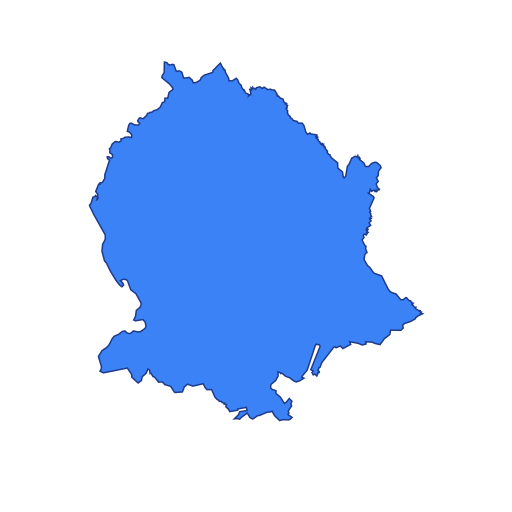 outline of Maria La Baja, Bolívar, Colombia, rotated 292°
{"feature_id": "7082276B12407148553897", "entity_name": "Maria La Baja", "entity_type": "district", "adm_level": 2, "iso_a3": "COL", "parent_name": "Colombia", "parent_adm1": "Bolívar", "projection": "robinson", "projection_center": [-75.303, 9.961], "detail": "fine", "context": "isolated", "style": "filled", "palette": "blue", "viewbox_px": 512, "rotation_deg": 292, "n_neighbors": 0, "source": "geoboundaries", "source_scale": "gbopen_adm2", "svg_char_len": 6100}
<svg xmlns="http://www.w3.org/2000/svg" viewBox="0 0 512 512"><g transform="rotate(292 256 256)"><path d="M90.8,154.5L90.5,158.3L103.9,178.7L99.2,185.6L97.4,186.0L96.9,186.7L94.1,194.3L97.6,196.4L101.3,195.7L106.3,198.1L110.8,198.1L110.3,200.2L107.3,201.8L107.9,202.7L105.6,205.7L105.7,207.3L102.5,213.1L104.1,215.9L103.3,218.8L102.6,219.2L103.2,225.7L99.2,231.3L99.2,232.2L102.4,238.7L107.7,238.6L111.5,240.5L111.7,246.2L117.8,254.9L114.5,258.7L113.7,260.7L115.5,264.9L109.7,270.9L108.4,273.7L108.3,275.3L107.5,276.4L108.1,278.4L107.4,279.6L107.8,281.9L106.9,281.8L107.2,284.3L104.9,284.5L103.7,287.7L101.9,290.0L105.8,296.1L106.5,296.9L107.4,296.4L112.0,303.8L109.4,305.7L105.6,299.3L102.2,299.2L96.9,296.9L98.3,299.7L98.6,302.0L101.4,303.1L107.1,306.8L103.9,311.0L103.6,314.0L108.6,317.4L109.4,318.9L115.4,324.9L117.0,328.1L118.2,328.9L114.8,333.2L112.3,339.5L114.5,342.6L116.3,347.7L117.6,348.9L119.9,349.9L121.0,345.1L122.9,345.3L123.8,344.2L125.4,344.1L130.4,345.2L132.0,343.7L134.8,343.7L136.3,340.2L131.9,338.9L130.0,337.5L134.3,331.4L136.0,326.0L138.6,325.0L138.4,321.2L139.0,319.1L142.3,317.9L148.1,320.9L152.8,321.5L156.9,319.8L157.0,322.1L156.2,322.8L157.0,324.1L155.6,328.4L155.7,333.0L154.3,337.8L154.3,340.5L156.8,343.4L160.7,346.2L160.7,344.0L162.2,343.9L169.5,346.2L195.2,344.5L196.9,344.9L196.8,346.2L197.6,348.0L196.2,349.3L171.1,349.4L170.9,352.0L168.8,351.6L167.2,353.6L168.6,354.7L167.5,357.4L171.2,357.3L171.4,358.1L172.5,358.1L173.0,356.5L174.3,356.3L176.1,356.3L176.7,357.0L182.1,357.0L200.6,362.3L201.3,363.2L200.9,364.6L204.2,367.9L202.7,371.2L209.5,376.9L211.6,374.9L213.3,383.4L213.3,387.9L215.7,391.0L217.6,389.9L219.6,395.9L219.5,399.0L220.3,404.2L227.2,405.9L233.4,409.5L237.7,408.5L241.3,418.1L244.3,419.5L246.7,417.9L248.9,418.8L253.2,423.9L257.4,427.2L258.6,427.2L261.0,428.6L264.9,432.1L264.8,429.9L266.0,430.2L265.9,428.5L266.8,428.6L266.4,427.0L266.8,423.9L268.4,423.4L267.6,422.5L269.2,420.0L269.3,418.8L271.0,419.4L270.7,418.2L271.5,417.8L271.7,416.1L272.3,416.1L272.2,414.0L273.7,411.3L273.5,410.4L270.6,408.9L269.7,406.6L273.3,399.9L272.9,395.5L273.4,393.4L274.7,391.1L284.6,379.9L284.3,371.6L288.1,365.7L288.9,363.0L293.1,357.6L297.8,356.4L299.6,356.7L300.8,357.6L304.1,354.7L306.2,354.4L306.6,352.8L310.6,348.3L313.7,349.2L314.9,347.9L316.5,347.9L317.1,348.7L316.7,350.3L318.6,350.7L319.3,349.9L319.9,351.0L321.4,348.6L321.9,349.8L322.8,349.9L322.6,348.4L323.3,348.1L327.4,350.8L329.1,348.4L331.6,349.5L332.8,347.7L333.3,348.2L333.6,347.6L334.0,348.3L334.2,347.7L335.5,347.9L335.8,348.4L337.0,346.9L338.3,346.5L339.3,344.9L340.5,345.6L342.6,343.3L354.1,343.7L355.2,342.5L356.4,336.5L357.3,337.4L360.6,337.0L359.2,338.8L361.2,340.7L361.2,341.6L360.4,342.1L360.7,343.6L361.4,343.9L362.0,342.8L363.6,345.5L364.2,345.4L364.8,343.2L367.3,340.8L368.4,340.5L370.9,341.4L373.7,338.3L376.2,339.2L380.7,337.8L384.7,338.9L386.4,337.1L387.9,333.2L387.6,331.3L385.3,328.6L381.2,327.0L380.0,323.9L382.6,321.2L384.3,315.7L385.1,315.9L385.2,315.0L385.5,315.7L386.3,314.7L386.0,313.6L387.0,312.9L386.1,312.9L385.6,310.6L382.5,308.1L375.7,307.9L373.6,307.1L363.6,309.3L361.4,308.4L362.1,307.2L366.3,304.7L368.2,298.9L373.0,296.7L375.2,289.5L376.8,287.0L377.6,286.6L377.5,285.0L379.0,282.9L380.0,283.0L381.8,279.6L382.7,279.4L382.6,278.5L383.5,278.4L383.5,276.9L384.6,276.8L383.8,276.0L384.1,275.2L384.7,275.3L384.4,276.1L385.2,275.6L384.9,274.5L384.0,274.2L384.2,273.6L385.7,272.5L386.2,270.4L387.4,270.0L387.8,268.0L389.1,268.6L388.7,267.1L389.1,266.6L390.2,267.6L391.1,267.0L389.7,261.3L390.3,259.9L388.1,258.2L389.8,255.6L395.0,251.5L396.5,249.0L395.0,245.5L396.2,243.7L395.6,239.8L396.9,237.7L397.0,236.3L398.3,235.3L398.8,233.2L401.2,231.1L402.3,231.1L403.9,228.7L405.0,229.4L405.6,228.8L407.4,228.9L407.6,227.7L408.6,227.4L408.2,226.5L408.9,226.6L409.0,224.4L411.6,222.2L411.6,219.1L412.6,217.3L412.4,216.2L413.0,216.0L412.6,215.3L414.2,214.7L416.8,211.0L415.8,208.1L416.2,207.1L414.7,204.6L415.6,200.2L413.7,199.0L414.3,196.2L412.2,193.3L410.4,193.3L410.8,191.6L410.1,190.8L411.2,189.7L409.7,189.5L410.0,188.5L408.1,189.6L408.3,187.1L407.8,188.3L403.9,190.8L403.4,190.7L403.0,189.6L401.6,189.1L403.1,188.7L403.4,185.1L405.4,183.0L405.0,182.7L407.1,179.4L408.7,178.4L409.7,175.7L412.4,173.1L413.4,171.1L409.6,168.4L408.3,165.4L410.5,164.1L415.0,158.7L416.9,157.6L416.7,156.1L417.8,155.8L418.1,154.6L421.5,150.7L411.8,146.6L410.6,147.2L409.6,146.6L404.2,140.2L400.9,138.4L398.1,138.3L394.9,135.9L393.0,133.1L395.2,131.0L396.6,127.1L394.6,124.0L394.1,122.0L398.5,118.5L398.8,117.5L398.9,115.6L397.4,112.9L402.6,108.2L402.4,106.6L401.2,105.6L400.9,104.0L400.8,102.8L401.9,100.9L401.5,98.4L391.8,102.1L387.9,101.5L386.1,101.9L382.8,112.1L380.4,116.1L379.2,116.5L375.2,114.1L369.2,115.0L368.3,112.5L364.8,113.5L363.1,111.7L358.1,111.5L354.3,109.3L352.6,106.9L350.1,105.4L349.5,103.9L348.3,103.2L347.6,102.0L345.6,102.0L341.4,100.1L340.8,99.5L340.7,96.7L340.0,96.1L337.2,95.6L336.3,96.2L335.5,98.5L333.3,98.0L332.1,94.1L332.5,90.7L331.7,89.4L329.6,89.0L323.3,90.0L323.5,92.3L321.8,95.4L319.2,96.2L318.7,93.4L316.9,89.9L315.3,88.9L313.9,86.9L312.3,87.8L310.1,86.1L309.5,82.6L305.8,80.7L302.1,80.8L300.4,79.9L299.1,81.1L297.0,81.7L296.3,84.9L293.8,86.0L292.2,84.8L292.9,82.2L292.2,80.9L290.7,81.8L289.9,84.3L274.6,85.4L271.5,86.7L267.0,86.1L265.9,85.2L265.5,84.0L264.6,83.7L264.0,84.3L263.5,83.2L255.8,83.2L253.8,86.2L250.3,87.8L249.2,87.7L248.6,87.3L251.1,87.1L252.0,84.6L250.8,84.3L249.4,82.8L242.8,83.3L241.1,82.6L240.3,82.8L233.8,90.0L219.1,108.3L215.0,110.0L209.4,109.4L202.7,111.4L194.6,117.5L193.6,119.8L187.3,126.8L180.9,135.4L178.0,140.4L177.2,143.2L179.5,144.1L180.8,143.0L182.5,139.5L184.9,141.9L185.5,144.8L184.2,146.8L177.8,152.5L176.0,158.9L169.6,166.8L167.7,167.8L165.1,167.7L160.7,165.4L155.0,166.9L150.9,166.6L150.7,168.4L154.7,174.9L153.2,177.9L150.0,180.2L147.3,180.3L142.5,177.1L141.4,175.0L140.6,170.4L137.3,168.7L136.6,167.4L136.3,165.3L137.4,162.7L137.1,161.9L135.8,160.2L131.9,158.0L128.5,154.6L125.8,153.7L118.3,153.0L114.9,151.6L110.7,148.7L103.9,147.5L95.5,154.2L93.2,154.8L90.8,154.5Z" fill="#3b82f6" stroke="#1e3a8a" stroke-width="1.5"/></g></svg>